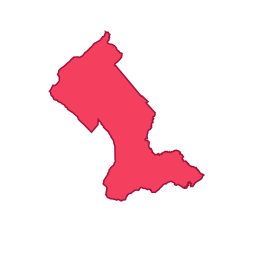 the district of La Candelaria, Salta, Argentina, rotated 213°
{"feature_id": "61730980B21173322628341", "entity_name": "La Candelaria", "entity_type": "district", "adm_level": 2, "iso_a3": "ARG", "parent_name": "Argentina", "parent_adm1": "Salta", "projection": "natural_earth1", "projection_center": [-65.359, -26.083], "detail": "fine", "context": "isolated", "style": "filled", "palette": "rose", "viewbox_px": 256, "rotation_deg": 213, "n_neighbors": 0, "source": "geoboundaries", "source_scale": "gbopen_adm2", "svg_char_len": 5726}
<svg xmlns="http://www.w3.org/2000/svg" viewBox="0 0 256 256"><g transform="rotate(213 128 128)"><path d="M199.1,196.0L198.6,195.3L198.5,194.1L198.0,191.8L199.0,190.6L199.0,188.2L199.2,186.6L200.1,184.5L200.7,183.9L201.1,182.3L202.1,181.0L202.4,180.0L202.6,177.0L203.4,174.3L203.6,173.0L204.1,170.5L205.1,167.7L205.4,164.1L206.9,160.8L207.8,160.7L208.7,160.3L212.0,157.9L212.7,155.4L213.4,151.5L214.0,149.9L215.2,145.1L216.9,141.0L217.3,138.8L216.3,136.1L216.3,134.7L214.7,133.8L213.5,133.9L212.8,132.2L211.3,130.4L211.4,128.6L211.7,125.8L212.4,123.9L213.2,123.4L214.2,123.1L213.7,118.5L213.7,116.6L213.9,116.0L212.3,115.7L210.9,114.1L209.9,113.4L208.1,113.3L206.3,112.0L205.2,111.7L204.6,112.0L203.7,112.1L203.2,112.8L202.6,112.5L201.3,112.2L199.9,112.3L198.4,112.6L195.8,112.5L193.8,112.7L191.9,111.6L190.5,111.9L188.5,110.8L182.4,110.8L178.4,110.2L177.2,110.2L176.3,109.9L174.1,108.2L166.7,106.9L156.3,104.6L155.0,114.3L157.5,118.9L152.5,117.4L152.6,116.8L149.0,116.0L148.9,115.3L143.7,114.2L143.5,114.5L137.0,111.4L137.1,111.1L133.9,109.9L131.8,108.2L131.4,107.4L129.1,105.7L121.9,94.9L121.3,94.1L120.5,93.5L120.2,92.7L120.4,91.7L120.3,90.8L119.8,89.7L119.9,88.6L120.5,86.8L120.8,85.6L120.8,84.1L121.0,82.7L120.2,81.0L120.2,78.6L119.5,77.6L119.7,76.2L119.6,70.8L118.6,69.0L118.5,67.8L117.9,67.4L114.3,67.1L113.2,66.5L112.6,65.6L112.5,64.9L111.8,64.2L111.9,63.3L111.2,62.6L111.1,61.8L110.5,60.9L110.4,59.9L109.2,59.7L107.7,58.7L107.1,58.6L105.5,59.1L104.5,59.0L101.8,60.4L99.4,61.2L98.0,61.5L97.7,62.6L97.1,62.8L96.3,63.1L95.4,63.0L94.8,63.4L94.3,63.1L93.6,63.6L93.0,64.8L92.5,65.4L91.2,66.3L91.1,66.8L91.9,68.8L92.0,69.9L91.6,70.8L92.1,71.8L91.7,72.5L91.1,73.8L89.9,74.9L89.6,76.3L88.8,77.9L88.6,78.9L87.7,80.3L85.4,81.4L85.0,82.1L85.2,83.4L85.0,84.8L84.0,85.6L82.8,85.7L80.2,86.8L78.9,86.8L78.0,87.0L77.7,87.6L76.8,88.1L76.3,88.6L75.4,88.6L75.1,88.0L74.5,88.2L73.9,87.5L73.1,87.2L72.4,87.4L70.9,88.5L70.0,89.0L69.8,89.9L69.4,90.7L69.4,91.6L68.9,92.4L68.5,93.6L68.6,95.0L67.9,97.1L67.7,98.0L67.7,99.0L67.3,100.4L66.5,101.5L65.6,101.9L65.4,103.1L64.6,104.8L64.0,105.3L63.4,106.2L62.8,106.8L61.2,107.0L60.3,107.0L59.5,107.2L58.5,107.1L58.2,106.1L57.0,106.0L56.3,106.3L55.7,107.6L55.3,108.0L50.7,108.2L49.9,107.9L47.9,108.2L47.9,108.6L48.2,109.1L48.0,109.3L47.7,109.3L47.5,108.6L47.2,108.6L46.9,109.0L47.2,109.5L46.2,109.6L46.1,109.8L46.2,110.1L46.9,110.4L47.2,111.2L47.3,111.5L47.0,111.6L46.4,110.8L46.2,111.3L46.7,111.8L46.7,112.3L47.2,112.7L47.0,112.9L46.7,112.6L46.1,112.9L46.0,113.2L46.7,113.7L47.0,114.3L47.3,114.3L47.3,114.5L46.7,114.7L46.8,115.0L48.0,114.7L48.1,114.9L47.9,115.1L47.1,115.4L47.0,115.6L47.3,116.0L47.1,116.2L46.5,115.9L46.0,115.9L45.9,116.2L45.3,115.5L44.6,115.7L44.6,114.9L44.5,114.7L44.6,114.4L44.2,113.8L43.8,113.7L43.6,113.3L43.4,113.6L43.1,113.8L42.4,113.7L42.0,114.2L41.8,114.9L41.8,117.0L42.0,117.6L41.9,118.1L41.6,118.7L41.2,120.3L40.7,121.3L40.2,122.0L39.3,124.0L38.9,125.5L39.0,126.0L38.8,126.2L38.8,126.5L39.1,127.1L39.0,127.3L39.2,128.8L38.7,129.5L38.9,129.9L39.5,130.0L40.3,129.6L41.0,129.7L41.4,129.4L41.7,129.4L41.7,129.6L41.8,129.4L42.3,129.6L42.7,129.3L44.1,130.0L44.3,130.3L44.7,130.4L45.2,130.2L45.5,130.4L45.7,130.7L46.2,130.8L46.8,130.5L47.0,130.6L47.0,131.1L47.8,131.1L48.7,131.7L48.9,131.7L49.2,131.2L49.4,131.2L49.6,131.7L49.9,131.4L50.5,131.4L50.9,131.1L52.0,131.2L52.7,130.7L53.3,130.6L53.6,130.2L53.9,130.1L54.4,130.3L55.0,130.1L55.6,130.2L56.7,130.2L57.4,130.6L57.8,130.4L58.0,130.5L58.0,131.0L58.9,131.0L59.7,131.2L60.2,131.0L60.3,131.0L60.5,131.6L60.8,131.7L62.0,131.5L62.7,130.9L63.1,130.3L63.5,130.5L64.1,130.5L64.3,130.7L64.6,131.4L64.7,131.5L65.4,131.4L66.1,132.5L66.2,132.9L65.8,134.0L67.9,134.9L68.8,135.0L70.3,134.5L70.6,134.6L70.6,134.9L70.4,135.4L70.5,135.6L71.0,136.1L71.4,136.2L72.8,136.3L75.1,135.8L76.8,134.4L77.3,132.9L78.5,131.9L78.6,131.4L78.9,130.9L79.2,130.7L80.1,130.8L81.1,129.4L81.6,129.4L81.8,129.6L82.3,129.7L83.2,128.9L83.9,128.7L84.5,127.6L84.6,127.2L85.2,126.5L85.5,125.6L85.9,125.2L85.6,124.3L85.6,124.1L85.9,124.0L86.3,123.9L86.9,123.4L86.8,122.3L87.3,122.2L88.1,122.9L88.5,123.1L88.9,122.7L89.0,121.8L89.2,121.5L89.7,121.4L90.3,120.6L91.0,120.2L91.6,120.6L92.4,120.7L93.0,120.5L93.7,121.0L94.6,120.9L95.1,121.9L96.0,122.3L96.2,122.5L97.4,123.3L97.7,123.3L97.7,122.8L98.0,122.6L98.4,122.6L99.5,123.1L100.8,124.1L101.2,124.9L101.3,125.4L101.9,126.5L102.1,127.1L102.7,127.8L103.8,127.4L104.1,127.6L104.6,128.4L104.8,128.4L105.2,128.2L106.3,127.2L106.7,127.1L107.3,127.5L107.5,128.4L107.2,129.1L106.4,129.6L106.2,129.9L106.3,130.2L106.6,130.6L107.7,131.4L108.3,132.9L109.0,135.3L109.6,136.1L109.6,136.7L109.6,137.5L108.8,138.4L108.6,139.1L108.5,141.3L108.7,141.7L109.7,142.0L109.8,142.3L109.6,142.7L109.6,143.2L110.6,144.3L110.7,144.6L110.8,145.1L110.1,146.0L110.2,146.5L110.9,147.3L111.9,147.7L112.0,147.8L111.9,148.3L111.6,148.4L111.5,148.7L111.4,149.1L111.6,149.7L111.7,150.0L112.0,150.1L112.3,150.1L113.0,150.4L113.1,151.3L112.4,152.2L112.3,152.6L112.5,153.8L113.2,154.7L113.5,155.3L113.5,155.5L126.6,158.9L125.5,161.0L133.8,162.5L134.2,161.8L172.4,173.6L173.7,173.4L173.9,174.7L173.4,176.5L172.8,177.8L172.8,178.5L172.4,180.0L172.1,182.0L172.1,184.2L172.7,184.9L172.8,185.8L173.6,187.2L174.7,187.1L175.7,186.6L177.8,187.5L179.0,187.4L179.7,187.5L180.2,188.0L180.9,188.2L181.6,188.9L183.9,189.5L185.9,189.5L187.3,189.3L188.0,189.0L188.4,188.6L189.6,188.2L190.8,188.1L192.2,188.8L192.2,190.2L191.9,191.2L192.3,192.4L192.9,193.1L192.9,193.3L193.0,193.5L192.9,193.7L193.6,193.9L193.6,194.2L193.3,194.4L194.0,195.4L194.1,196.5L194.5,196.6L194.9,196.3L195.6,196.9L196.6,197.4L196.8,197.1L197.1,197.1L197.4,196.7L197.9,196.9L198.0,196.7L198.7,196.5L198.7,196.0L198.8,195.9L199.1,196.0Z" fill="#f43f5e" stroke="#9f1239" stroke-width="1.5"/></g></svg>